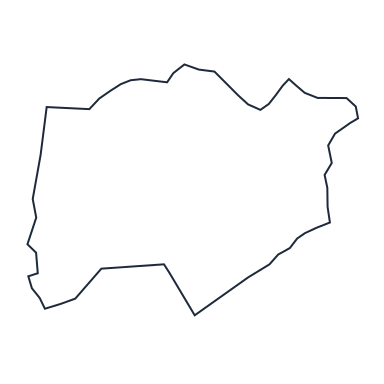 Tupandi, Rio Grande do Sul, Brazil, rotated 274°
{"feature_id": "56859067B43704849668699", "entity_name": "Tupandi", "entity_type": "district", "adm_level": 2, "iso_a3": "BRA", "parent_name": "Brazil", "parent_adm1": "Rio Grande do Sul", "projection": "robinson", "projection_center": [-51.422, -29.478], "detail": "fine", "context": "isolated", "style": "outline", "palette": "slate", "viewbox_px": 384, "rotation_deg": 274, "n_neighbors": 0, "source": "geoboundaries", "source_scale": "gbopen_adm2", "svg_char_len": 862}
<svg xmlns="http://www.w3.org/2000/svg" viewBox="0 0 384 384"><g transform="rotate(274 192 192)"><path d="M173.9,33.6L155.6,38.4L145.7,35.9L128.4,31.5L120.6,40.7L100.2,43.8L96.5,34.6L84.8,39.0L75.6,47.5L65.3,53.4L71.2,68.8L77.5,83.0L109.2,106.9L117.9,169.1L110.1,174.9L69.2,203.3L110.7,253.9L125.2,274.3L135.6,282.3L142.9,293.5L153.0,300.2L158.8,307.5L164.7,318.1L171.2,331.7L186.6,328.3L205.6,326.7L218.3,323.1L230.7,329.4L247.9,324.6L260.2,330.6L271.9,345.0L277.1,352.5L288.7,349.4L296.5,339.6L295.6,325.8L294.6,310.8L298.8,297.5L305.6,288.3L311.4,280.8L304.3,275.0L294.6,268.9L285.2,262.5L278.7,254.5L283.3,241.8L291.4,231.6L313.7,206.0L314.6,190.3L318.7,175.5L309.3,165.1L299.7,159.5L300.3,147.0L301.0,133.2L299.2,123.0L294.6,113.4L287.3,103.6L278.8,93.0L267.5,83.8L266.6,41.1L218.5,38.4L173.9,33.6Z" fill="none" stroke="#1e293b" stroke-width="2"/></g></svg>